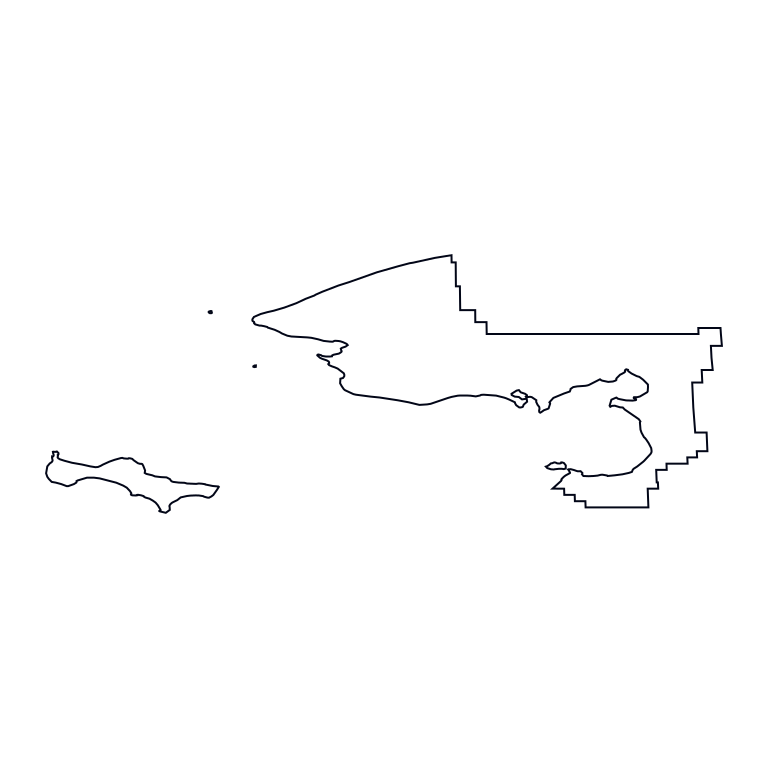 Nome, Alaska, United States of America (Robinson projection)
{"feature_id": "52423323B54983735958036", "entity_name": "Nome", "entity_type": "district", "adm_level": 2, "iso_a3": "USA", "parent_name": "United States of America", "parent_adm1": "Alaska", "projection": "robinson", "projection_center": [-165.641, 64.759], "detail": "fine", "context": "isolated", "style": "outline", "palette": "ink", "viewbox_px": 768, "rotation_deg": 0, "n_neighbors": 0, "source": "geoboundaries", "source_scale": "gbopen_adm2", "svg_char_len": 6068}
<svg xmlns="http://www.w3.org/2000/svg" viewBox="0 0 768 768"><path d="M451.5,255.2L434.8,257.9L413.0,262.7L409.7,263.2L398.0,266.3L376.9,272.3L348.9,282.2L338.5,285.5L322.4,291.7L315.6,294.7L314.4,295.5L305.7,298.8L296.3,303.2L284.3,307.6L273.8,310.7L267.2,312.2L260.7,314.0L254.0,316.9L252.6,318.9L252.3,320.0L252.6,321.0L254.1,322.0L254.3,322.7L254.1,322.8L254.1,323.3L255.3,324.4L259.5,325.6L261.1,325.6L264.2,326.2L267.3,327.0L267.8,327.6L274.7,329.8L279.5,332.0L282.0,333.5L287.3,335.7L291.4,336.5L307.3,337.4L311.3,337.8L318.1,339.3L323.6,340.9L329.9,341.6L332.8,341.7L334.3,340.9L335.6,340.8L338.5,341.0L340.3,341.3L342.8,342.1L346.1,343.6L347.0,344.2L347.7,345.1L345.6,346.6L342.1,347.8L340.8,348.6L341.3,350.7L341.6,351.0L341.6,351.5L341.4,351.9L340.5,352.6L338.9,353.6L333.7,354.7L332.2,355.4L332.0,356.3L330.2,356.5L325.7,356.5L322.4,356.0L321.8,355.8L321.3,355.3L318.6,354.5L317.6,354.7L317.4,354.9L317.3,355.4L320.0,357.8L322.1,358.8L326.8,360.4L328.8,361.6L329.2,362.9L328.8,363.7L328.3,364.1L329.1,365.1L332.0,366.4L334.7,367.3L337.7,368.6L343.8,373.3L344.3,374.7L344.3,376.0L344.1,376.5L343.0,378.0L340.4,378.7L340.1,383.3L341.8,386.3L343.8,389.2L345.0,390.2L353.4,394.1L355.9,394.7L370.5,396.6L379.6,397.5L397.9,400.3L408.7,402.3L419.4,404.9L427.1,404.4L430.7,403.8L447.8,398.0L451.6,396.9L457.7,395.7L460.3,395.5L466.4,395.5L470.5,395.7L475.8,396.4L480.0,395.5L481.1,394.9L483.6,394.7L496.1,395.6L504.1,397.6L506.2,398.3L509.5,399.7L514.9,402.3L515.1,403.3L516.2,405.2L519.2,407.4L520.5,407.5L522.2,407.1L522.9,406.7L523.7,404.6L527.1,401.7L526.7,398.7L522.0,399.4L518.8,397.0L514.7,396.6L511.7,395.0L511.5,393.8L516.6,390.6L518.9,390.1L520.7,392.3L525.1,393.8L526.9,395.1L527.0,395.8L525.8,396.6L526.2,397.2L530.1,396.8L531.7,397.1L536.3,400.2L536.2,401.9L537.5,404.7L539.2,406.9L539.4,407.7L539.5,409.2L539.2,409.9L539.1,410.8L539.3,412.0L540.2,412.7L541.3,412.1L544.0,410.2L547.9,408.8L548.6,408.4L550.1,403.8L550.1,403.2L549.4,402.5L549.5,402.2L553.4,397.9L564.0,393.5L569.8,391.5L570.5,389.7L570.6,388.9L573.2,387.1L577.1,386.4L585.5,385.8L587.5,385.4L588.8,385.0L600.0,379.3L601.2,380.2L602.1,380.6L608.2,381.9L612.9,381.5L613.8,381.2L615.7,380.5L616.2,380.0L616.4,379.8L616.2,379.0L616.7,378.1L620.1,374.7L621.6,374.0L624.3,372.5L625.1,371.7L624.9,370.9L625.2,370.0L626.2,369.3L627.9,369.8L627.7,370.4L628.6,371.4L631.5,373.5L636.7,376.1L639.4,376.9L643.1,379.7L647.9,384.5L648.0,387.1L647.7,391.3L647.2,392.2L639.9,396.5L637.1,397.2L634.0,397.2L633.7,397.8L633.8,398.1L635.8,398.9L636.1,399.6L636.0,400.0L635.5,400.2L632.6,400.6L626.1,400.4L619.4,399.1L617.7,398.6L616.5,397.6L615.7,397.8L611.4,399.7L609.6,405.7L610.3,406.8L611.9,405.9L614.8,405.7L620.0,407.3L622.8,407.5L624.7,409.5L638.8,419.2L640.4,421.5L639.9,422.4L640.5,429.7L641.5,432.6L644.0,437.2L644.8,437.8L646.2,439.5L648.6,443.1L651.2,448.1L651.6,451.1L651.4,452.5L650.5,454.0L644.2,460.8L643.1,461.8L637.2,466.5L633.6,468.8L632.7,469.9L631.9,471.9L628.9,472.9L622.5,474.3L614.8,475.3L607.5,476.0L607.1,475.5L602.4,474.7L600.8,474.8L597.6,475.6L593.5,476.0L588.6,476.2L583.4,476.0L582.0,474.3L582.2,474.0L582.4,473.0L580.6,471.2L577.9,471.3L576.4,470.9L574.2,470.1L570.8,469.2L568.4,469.3L568.1,469.5L568.8,470.3L570.0,472.6L569.9,473.1L565.5,475.5L563.8,476.8L561.8,478.8L561.4,479.4L561.6,479.9L561.0,481.0L552.6,488.6L564.1,488.7L564.3,494.9L574.7,494.9L574.9,501.2L585.4,501.2L585.6,507.4L648.4,507.4L647.7,488.7L658.2,488.7L657.9,482.4L656.7,482.4L656.2,469.9L666.7,469.9L666.5,463.7L687.6,463.7L687.3,457.4L697.1,457.4L696.8,451.2L707.4,451.2L706.6,432.5L695.2,432.5L693.3,407.5L692.2,382.5L702.3,382.5L701.7,370.0L712.7,370.0L711.5,357.8L710.9,345.9L721.9,345.9L720.9,334.0L720.5,328.0L698.3,328.0L698.5,334.0L486.7,334.0L486.5,322.1L475.3,322.1L475.2,310.1L460.2,310.1L459.9,286.3L455.9,286.3L455.7,262.4L451.6,262.4L451.5,255.2ZM47.3,466.4L46.1,473.3L47.3,476.8L48.8,478.9L51.7,481.9L55.7,482.6L61.3,484.1L66.6,486.1L68.3,486.1L73.9,484.1L76.3,482.6L76.6,481.8L76.5,481.1L77.5,480.5L86.9,477.7L94.2,477.7L99.7,478.4L116.3,482.7L123.2,485.6L126.8,487.7L130.0,491.1L131.3,493.2L131.3,493.8L130.9,494.2L131.1,494.8L132.1,495.3L135.9,495.5L136.5,495.4L136.3,495.2L137.0,494.9L138.1,494.8L141.0,495.3L143.6,496.1L143.7,496.5L145.3,497.5L149.5,498.7L152.8,500.6L155.6,502.6L157.8,505.2L160.6,509.9L160.6,510.1L159.3,510.9L159.3,511.1L159.9,511.4L165.8,512.8L169.8,509.9L169.6,506.7L169.4,506.3L169.5,505.6L170.3,504.3L171.8,502.9L173.0,502.2L177.3,500.1L180.7,497.4L187.0,496.0L190.5,495.6L195.6,495.4L199.0,495.5L202.3,496.0L203.3,496.2L204.1,496.7L207.4,497.6L209.0,497.7L211.3,496.5L213.3,495.0L217.0,489.8L218.8,486.9L218.4,486.5L212.8,486.0L205.3,484.5L205.1,484.2L201.7,483.7L198.8,483.5L196.1,483.9L187.0,483.5L184.5,482.8L178.9,482.6L173.2,481.9L171.8,481.4L171.4,481.1L170.8,480.5L170.0,479.2L166.6,477.4L160.9,477.1L155.0,476.4L152.3,475.3L146.8,474.0L145.8,473.6L144.7,472.9L145.1,470.5L143.3,465.9L142.3,464.1L141.4,463.8L139.9,463.8L137.9,463.2L133.6,460.2L132.3,458.9L130.5,458.4L128.9,458.2L128.4,458.4L128.1,458.7L127.3,458.7L123.7,458.4L122.5,457.9L121.1,458.0L114.6,459.8L109.5,461.6L102.9,464.6L100.6,465.9L98.4,466.8L97.9,467.0L95.5,467.2L90.4,466.4L81.9,464.5L72.1,462.8L64.6,460.8L59.9,459.3L58.3,458.3L57.7,457.6L57.6,457.2L58.0,455.7L57.7,455.0L58.5,454.2L58.5,453.5L58.3,452.7L57.4,452.3L57.1,451.6L56.7,451.5L55.3,451.9L53.2,451.7L52.9,451.8L53.2,453.5L53.6,454.6L53.7,455.3L53.3,456.3L52.9,456.6L52.1,456.4L52.0,457.7L52.6,460.3L52.4,461.1L51.7,462.1L49.7,463.5L47.3,466.4ZM547.2,466.2L545.9,466.6L547.3,468.1L551.0,469.3L553.9,469.5L554.4,469.3L558.9,468.8L561.8,468.8L563.9,469.1L565.7,468.5L565.8,465.4L564.0,463.1L562.5,462.5L561.2,462.4L561.1,462.6L561.2,462.9L560.9,463.2L559.8,463.5L557.2,463.4L556.4,462.9L554.8,462.4L553.9,462.5L552.3,463.2L550.9,463.4L549.3,464.8L547.2,466.2ZM209.0,311.5L208.6,312.0L208.8,312.5L209.9,313.2L211.3,313.2L211.9,312.8L211.5,311.1L210.8,311.0L209.6,311.3L209.0,311.5ZM253.3,366.3L253.3,366.7L254.2,367.1L255.8,366.9L255.9,365.4L254.5,365.5L253.3,366.3Z" fill="none" stroke="#020617" stroke-width="2"/></svg>